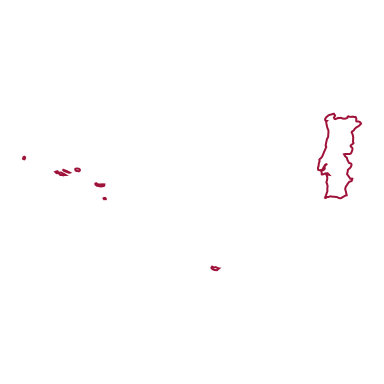 an SVG outline of Portugal
{"feature_id": "PRT", "entity_name": "Portugal", "entity_type": "country or territory", "adm_level": 0, "iso_a3": "PRT", "parent_name": "Europe", "parent_adm1": "", "projection": "robinson", "projection_center": [-13.235, 37.393], "detail": "fine", "context": "isolated", "style": "outline", "palette": "rose", "viewbox_px": 384, "rotation_deg": 0, "n_neighbors": 0, "source": "natural_earth", "source_scale": "50m", "svg_char_len": 3262}
<svg xmlns="http://www.w3.org/2000/svg" viewBox="0 0 384 384"><path d="M326.5,117.0L327.8,115.9L329.0,115.1L329.7,114.9L332.5,114.1L333.3,113.8L334.0,113.8L334.1,114.2L334.5,114.9L335.0,115.3L335.1,115.7L334.1,117.2L333.9,117.7L334.5,118.7L334.6,118.9L334.9,119.1L335.7,119.0L337.1,118.4L338.0,117.9L338.3,118.1L341.0,117.8L341.7,118.1L342.1,118.3L343.4,118.7L344.9,118.7L346.7,118.2L347.5,117.7L347.6,117.2L347.6,116.7L347.9,116.5L348.3,116.3L348.9,116.6L349.8,116.8L352.0,116.9L352.5,116.6L353.2,116.7L354.2,117.1L355.3,116.9L355.9,117.4L356.2,118.1L356.3,119.4L356.2,120.8L356.5,121.4L357.3,121.5L358.5,121.5L359.6,121.9L360.5,122.5L360.8,123.2L361.0,123.7L360.5,123.9L360.0,124.9L358.5,126.2L356.3,127.4L354.7,128.9L353.6,130.6L352.2,131.4L351.8,131.8L351.6,132.2L352.6,134.4L353.0,136.0L353.3,138.0L353.1,138.6L353.1,140.8L352.9,141.5L353.0,142.0L353.4,142.6L353.5,143.1L352.9,143.8L351.7,144.6L350.8,145.3L350.6,146.0L350.7,146.4L352.2,147.8L352.5,148.4L352.4,149.8L351.6,152.1L350.8,153.5L350.6,153.6L349.7,154.0L345.1,154.0L344.0,154.3L344.2,154.6L345.3,156.4L346.4,157.4L346.8,157.6L347.3,159.7L349.1,163.0L350.9,163.5L351.5,164.3L351.4,165.5L350.9,166.8L349.9,168.1L348.6,169.1L347.8,170.0L347.8,171.1L347.5,172.4L347.2,173.5L347.1,174.2L350.4,178.8L352.2,178.6L352.4,178.7L352.1,179.8L351.6,181.0L350.9,181.3L349.4,181.7L348.0,183.3L346.8,185.3L346.0,186.3L345.2,188.6L345.3,189.6L345.8,191.2L346.7,195.3L345.5,195.5L340.9,198.2L339.4,198.2L336.7,197.0L332.0,196.6L330.4,196.3L328.5,197.0L327.0,197.0L325.8,198.0L325.0,197.7L325.9,195.5L327.4,191.2L327.3,188.5L327.6,186.2L327.1,183.9L326.4,182.5L327.3,178.7L327.2,176.8L326.2,174.4L329.1,174.8L328.2,173.8L327.3,173.2L326.4,173.4L325.7,173.3L323.3,174.3L322.0,174.5L321.7,174.4L321.8,172.9L321.1,170.9L322.1,170.4L323.2,170.3L324.2,169.4L324.8,168.5L324.5,166.9L325.3,165.3L327.2,164.0L326.2,164.2L325.0,165.0L323.2,168.0L322.7,169.5L321.1,170.0L319.7,170.2L318.9,170.1L318.1,169.7L318.0,168.6L318.0,167.7L318.6,165.9L318.8,163.4L319.6,161.2L319.5,160.6L319.3,159.7L320.0,158.8L320.9,158.2L322.3,156.3L324.2,151.7L326.3,146.9L326.1,146.3L325.6,145.8L325.8,144.5L327.0,138.8L327.6,138.1L328.2,136.4L328.3,133.7L328.5,131.9L328.4,131.0L328.2,129.8L327.3,127.7L326.3,123.2L326.2,121.7L326.9,120.9L325.7,120.8L325.1,119.9L325.2,118.8L326.5,117.0ZM98.0,184.4L98.9,184.5L103.2,184.3L104.4,184.4L104.2,185.7L103.4,186.1L100.8,186.5L96.8,185.7L95.5,184.6L95.3,183.9L95.4,183.5L96.2,183.2L98.0,184.4ZM212.1,266.6L214.0,267.5L215.7,267.1L217.9,268.2L219.0,268.4L218.0,269.2L217.0,270.2L214.4,270.0L212.3,269.0L211.6,268.3L211.4,267.6L212.1,266.6ZM64.6,174.3L65.7,175.0L63.9,175.1L63.4,175.4L62.0,175.0L60.4,175.0L59.4,174.1L59.2,173.2L59.7,172.6L61.2,172.6L64.6,174.3ZM79.3,171.1L79.0,171.3L76.2,170.9L75.4,170.2L75.2,169.1L75.7,168.7L76.9,168.5L78.7,168.7L79.8,169.5L79.8,170.6L79.3,171.1ZM69.7,172.6L69.0,172.8L65.5,171.5L64.2,171.0L62.6,169.5L67.2,171.3L69.7,172.6ZM25.0,158.5L24.4,159.3L23.4,159.1L23.0,158.8L23.5,157.1L24.3,156.7L25.1,157.3L25.0,158.5ZM57.9,173.1L56.5,173.1L55.3,171.9L57.3,171.2L57.8,171.6L58.2,172.1L58.4,172.7L57.9,173.1ZM105.9,198.9L105.8,199.2L105.0,199.1L104.0,199.2L103.5,198.3L104.0,198.0L105.1,197.9L105.6,198.3L105.9,198.9Z" fill="none" stroke="#9f1239" stroke-width="2"/></svg>